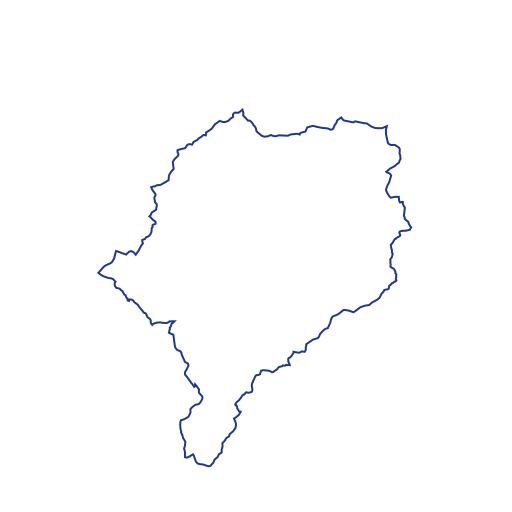 Zamora, Zamora Chinchipe, Ecuador (orthographic projection), rotated 230°
{"feature_id": "8360857B6169045226043", "entity_name": "Zamora", "entity_type": "district", "adm_level": 2, "iso_a3": "ECU", "parent_name": "Ecuador", "parent_adm1": "Zamora Chinchipe", "projection": "orthographic", "projection_center": [-79.016, -4.004], "detail": "fine", "context": "isolated", "style": "outline", "palette": "blue", "viewbox_px": 512, "rotation_deg": 230, "n_neighbors": 0, "source": "geoboundaries", "source_scale": "gbopen_adm2", "svg_char_len": 6133}
<svg xmlns="http://www.w3.org/2000/svg" viewBox="0 0 512 512"><g transform="rotate(230 256 256)"><path d="M349.8,152.1L349.3,151.2L345.2,145.6L343.9,141.7L344.0,139.9L345.6,134.2L345.5,131.8L344.4,124.4L340.8,125.2L338.2,126.3L333.9,128.9L331.6,131.0L329.9,131.7L326.5,131.8L326.3,130.7L325.3,129.6L323.4,128.6L321.4,128.5L318.5,130.6L316.4,130.6L315.0,131.2L311.2,130.3L309.7,130.9L308.4,130.2L305.9,130.0L305.0,129.6L304.4,129.1L303.3,129.9L304.4,130.8L302.3,132.9L300.7,133.3L298.7,133.1L294.8,134.1L292.3,133.8L286.0,133.8L284.9,133.5L283.1,134.6L282.2,134.6L279.1,133.6L275.8,134.3L274.2,133.9L273.0,132.8L272.0,132.3L269.9,132.2L270.1,133.8L268.7,137.2L266.7,140.0L264.8,141.5L262.2,144.4L261.7,145.4L261.5,147.8L258.4,151.6L258.2,149.6L258.4,147.8L256.9,145.6L256.5,143.8L255.3,143.1L255.0,142.3L253.8,140.7L253.3,140.3L253.2,140.0L252.5,140.1L251.6,140.8L251.1,140.8L248.9,142.1L238.7,135.7L237.4,135.3L234.8,135.2L231.6,136.8L230.7,136.8L229.6,136.5L227.8,135.6L220.5,133.5L217.3,134.7L215.5,133.9L213.3,129.0L212.7,127.1L211.5,125.9L210.6,125.4L207.2,125.4L202.9,125.0L201.9,125.1L200.8,124.8L198.1,124.9L195.7,124.5L195.3,124.7L195.3,125.2L196.8,126.9L194.4,126.9L190.5,126.6L188.3,124.6L187.4,124.4L183.6,124.6L182.4,124.3L181.1,123.0L180.4,121.5L179.8,119.8L179.4,117.6L179.6,116.3L180.4,115.2L181.0,113.6L181.2,110.6L181.0,107.7L180.2,106.8L178.2,105.2L176.5,101.5L176.4,99.8L177.1,96.1L178.4,92.9L177.4,91.3L175.6,89.6L172.4,87.2L169.9,86.0L168.6,85.0L166.0,84.4L163.4,83.1L160.7,82.8L158.9,82.3L156.4,79.7L154.7,77.1L152.6,76.2L150.9,75.1L147.5,72.3L145.9,73.5L145.3,75.6L144.6,80.2L143.2,80.1L137.4,77.9L135.6,77.8L134.4,78.0L132.9,79.0L130.1,81.6L126.5,83.7L125.3,84.7L124.5,86.1L125.1,90.1L125.8,92.0L126.6,93.1L126.7,97.5L128.0,100.2L127.5,103.3L129.9,105.4L131.6,108.0L134.2,109.9L134.5,112.8L135.6,116.5L135.1,119.5L136.1,120.6L136.5,121.8L136.4,125.7L137.0,127.7L137.1,128.9L137.7,130.1L139.5,132.1L141.3,133.3L145.6,134.7L145.3,136.8L145.3,140.6L146.5,144.2L146.8,144.2L147.4,143.4L148.1,143.1L149.4,143.5L151.4,143.7L152.8,144.7L154.4,144.9L154.6,144.5L155.1,144.4L155.8,144.9L156.0,145.3L156.5,147.8L156.4,150.0L157.2,153.9L157.9,155.8L157.8,157.5L157.4,158.0L158.0,160.5L157.6,161.2L156.2,162.1L154.7,165.0L154.8,165.9L155.8,167.3L159.4,169.4L160.4,170.5L161.4,172.0L161.4,172.5L162.3,173.7L162.8,175.3L163.9,177.2L164.5,179.1L164.4,179.9L163.3,181.4L162.9,183.1L164.9,186.1L163.9,188.1L159.9,192.1L156.8,193.6L156.1,194.5L155.9,195.4L156.1,196.4L155.6,199.1L156.2,201.5L156.1,202.6L154.8,205.1L154.9,206.2L153.2,207.9L153.3,209.2L152.9,209.6L152.0,210.0L151.6,210.9L150.7,211.7L151.6,212.2L154.4,212.9L156.6,214.7L156.8,215.5L156.4,216.7L156.4,218.0L157.6,222.2L158.0,223.0L158.4,223.2L154.5,226.5L154.0,227.3L153.4,229.9L151.3,231.7L151.3,232.0L152.5,234.3L153.8,235.1L154.9,236.8L156.1,237.8L155.4,245.7L153.4,250.6L153.7,252.4L155.0,254.8L155.7,259.7L155.7,261.6L155.3,263.2L154.6,264.7L157.2,270.1L159.2,272.8L160.3,275.1L160.1,276.9L159.1,279.4L158.5,282.4L158.4,288.2L157.4,289.5L154.7,291.9L150.4,294.4L150.0,296.0L149.7,303.1L147.7,307.9L145.7,311.2L145.8,315.0L144.6,320.9L144.6,323.9L146.4,327.9L146.7,330.9L147.4,332.0L147.2,333.2L145.7,335.7L145.7,336.1L145.7,336.7L147.6,339.0L147.4,340.9L147.8,342.8L147.3,343.5L147.4,345.7L146.8,346.6L146.8,347.6L148.9,348.7L149.9,350.1L150.5,350.4L151.5,351.5L152.4,351.8L153.2,351.7L153.9,352.4L155.1,352.9L157.6,353.3L161.0,352.1L161.4,352.1L162.8,353.6L164.4,354.5L166.0,356.0L167.0,356.5L167.3,357.4L167.5,358.8L169.6,362.0L170.8,362.2L173.7,364.2L175.4,364.8L177.9,366.4L178.2,368.9L179.7,373.0L179.7,373.5L179.3,374.3L179.6,374.9L178.9,378.7L179.0,379.5L179.3,380.0L181.8,380.8L182.2,381.2L182.3,381.8L181.5,383.9L178.9,387.3L177.2,390.7L178.3,393.4L179.8,393.3L182.7,393.8L184.0,394.6L188.7,393.8L190.0,394.7L191.9,395.3L197.2,401.0L198.0,401.3L199.0,401.2L201.4,402.0L203.1,403.2L203.9,402.1L204.3,400.7L204.6,400.6L206.7,401.4L209.5,403.4L211.8,400.8L214.1,396.6L215.8,396.5L219.8,397.0L222.6,397.8L223.5,398.6L225.4,401.7L226.8,405.3L230.8,411.3L232.4,411.5L233.7,411.2L236.3,409.9L236.8,409.9L236.8,414.9L235.8,419.5L235.7,425.8L236.9,427.4L237.3,429.0L240.5,431.2L242.2,431.8L244.9,434.4L245.9,435.0L247.5,435.1L251.8,433.8L254.3,430.7L256.6,429.7L258.0,429.8L265.6,433.8L269.2,436.7L271.3,439.7L272.7,435.3L273.3,434.2L275.3,431.8L277.6,429.5L280.4,427.9L281.7,427.3L286.2,426.2L288.7,423.8L295.2,418.7L295.6,418.0L295.7,416.7L296.1,416.2L303.4,410.4L305.2,410.2L307.3,410.4L307.7,405.9L307.4,404.8L306.4,403.4L305.6,400.1L304.1,397.5L303.9,396.4L304.1,395.5L305.0,394.1L306.4,393.7L308.0,392.6L311.5,389.1L316.1,385.4L319.0,383.4L321.3,378.7L321.5,377.7L319.8,374.5L319.6,373.8L321.2,370.3L321.6,369.0L321.6,368.3L321.0,367.5L322.3,366.8L323.6,365.6L326.8,360.7L327.6,357.8L333.1,351.8L333.8,351.0L335.0,348.1L336.7,346.5L339.1,345.1L340.1,342.0L342.0,339.1L344.4,337.7L349.7,336.7L351.6,336.7L353.5,337.8L355.6,338.4L357.8,338.2L359.4,338.6L361.7,338.6L363.8,338.2L364.8,336.9L371.9,336.5L373.3,338.0L376.8,339.7L376.9,335.3L377.5,334.0L379.4,332.0L379.6,330.6L379.2,329.4L377.2,327.8L377.6,325.2L377.4,322.2L377.5,320.9L378.5,318.5L379.2,317.5L380.4,316.4L382.8,315.1L383.3,309.1L382.0,304.1L382.2,300.5L382.7,297.3L380.7,295.1L382.5,293.5L382.5,290.6L382.9,287.6L382.6,285.5L383.5,281.5L382.4,278.6L384.5,276.9L385.0,275.9L385.2,274.4L384.3,271.6L384.2,270.8L385.9,267.8L387.5,264.0L386.5,263.0L385.6,262.5L384.4,262.3L383.1,261.3L382.8,260.2L382.6,256.0L381.9,253.6L381.5,252.8L380.1,251.7L375.6,248.9L375.2,245.6L374.1,242.1L373.1,240.5L370.2,237.7L371.8,228.7L373.9,225.5L374.4,223.2L375.3,221.9L376.1,219.9L372.9,219.0L368.0,218.8L367.2,218.1L366.1,215.6L362.0,213.2L360.1,213.4L358.5,212.5L355.7,209.2L356.3,204.2L355.1,201.7L354.8,199.8L353.2,200.2L350.1,200.2L347.1,201.1L345.7,200.3L345.3,199.8L345.3,199.3L346.2,197.2L346.1,196.4L344.7,195.5L344.4,194.1L341.7,191.5L340.4,188.7L340.1,186.2L341.0,184.0L340.4,182.0L341.4,179.2L340.7,178.5L338.3,177.4L337.8,174.9L335.5,169.3L334.3,164.7L336.6,164.7L337.9,164.5L340.1,163.4L340.8,161.8L340.8,158.9L340.6,157.4L349.8,152.1Z" fill="none" stroke="#1e3a8a" stroke-width="2"/></g></svg>